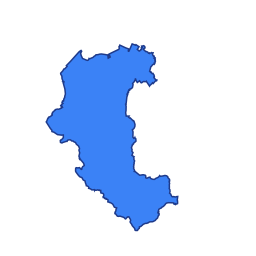 Somcuta Mare, Maramures, Romania, rotated 46°
{"feature_id": "2599482B12476623860037", "entity_name": "Somcuta Mare", "entity_type": "district", "adm_level": 2, "iso_a3": "ROU", "parent_name": "Romania", "parent_adm1": "Maramures", "projection": "mercator", "projection_center": [23.535, 47.493], "detail": "fine", "context": "isolated", "style": "filled", "palette": "blue", "viewbox_px": 256, "rotation_deg": 46, "n_neighbors": 0, "source": "geoboundaries", "source_scale": "gbopen_adm2", "svg_char_len": 5855}
<svg xmlns="http://www.w3.org/2000/svg" viewBox="0 0 256 256"><g transform="rotate(46 128 128)"><path d="M207.2,193.6L208.3,192.3L207.9,191.1L208.0,189.6L207.0,188.4L207.5,187.8L207.8,186.9L207.7,186.5L207.9,185.1L207.8,184.2L208.6,181.9L209.7,180.6L209.9,179.8L210.2,179.5L210.5,177.7L212.6,175.3L213.4,172.7L213.2,171.1L213.3,169.4L212.2,167.2L212.1,166.0L211.2,165.1L210.5,164.9L210.3,165.5L209.6,165.2L209.7,164.4L209.5,163.9L208.8,164.0L208.6,163.3L207.9,162.4L208.2,160.8L208.7,159.5L208.5,158.9L209.0,156.9L208.9,154.5L208.7,153.9L208.7,152.6L209.7,150.9L213.1,147.6L213.7,147.4L214.4,147.8L215.9,147.1L215.3,146.5L216.3,146.1L216.5,145.7L216.8,144.9L216.4,144.4L214.7,142.9L214.1,142.7L211.8,139.8L211.1,140.7L210.8,141.5L210.2,142.1L209.0,142.8L208.7,143.5L207.9,144.0L206.3,143.7L205.4,143.2L203.8,143.4L202.9,141.9L201.4,140.7L200.3,140.5L199.4,139.4L197.4,137.6L196.8,136.6L195.5,135.9L195.2,135.2L194.9,135.2L194.9,134.7L194.5,134.6L193.8,133.8L191.4,133.8L190.6,133.2L189.9,133.3L189.1,133.5L187.8,134.4L186.8,136.1L185.3,138.2L184.2,138.3L184.5,139.3L184.4,140.7L183.4,143.4L183.5,144.2L183.3,144.7L182.1,145.8L180.2,146.7L179.5,146.7L178.6,146.3L177.9,147.4L177.4,149.0L176.7,149.7L176.0,149.7L174.8,148.5L173.9,148.4L172.1,149.6L170.1,152.4L164.4,153.1L163.7,153.6L163.6,153.0L160.8,151.9L160.2,151.0L159.6,150.8L159.0,149.8L158.2,149.2L158.1,148.5L157.1,147.7L156.5,146.5L156.1,146.0L154.6,145.6L153.8,144.6L152.8,144.2L152.8,143.6L150.4,144.2L149.1,141.4L147.7,141.5L146.9,140.8L146.6,140.2L144.5,139.2L144.2,138.3L143.7,137.7L143.4,136.6L143.2,136.6L143.3,135.4L143.0,135.3L143.0,134.4L142.8,133.9L143.0,132.8L143.0,131.4L141.2,129.9L140.7,130.1L139.8,129.7L139.9,129.9L139.6,130.1L139.4,131.0L137.9,130.8L134.3,127.1L132.3,126.1L132.5,124.7L132.3,123.4L131.6,121.9L130.3,120.5L126.7,118.7L126.7,118.4L126.4,119.3L122.4,119.4L122.4,119.7L122.0,119.9L120.6,120.1L120.2,118.9L118.2,121.0L115.4,119.1L113.9,117.1L111.0,114.2L110.3,113.9L109.9,113.1L109.1,113.1L109.0,112.2L104.9,107.3L103.8,105.2L103.5,105.5L103.0,105.2L103.1,104.9L102.2,103.1L102.8,103.1L102.7,102.8L101.7,102.2L101.9,101.0L101.2,100.9L101.2,100.3L101.8,100.1L101.4,99.2L102.0,98.4L102.0,96.7L100.3,94.2L99.2,93.8L99.0,91.3L98.4,89.9L98.6,89.1L97.9,88.7L98.0,88.5L99.6,89.3L101.7,89.7L102.1,86.9L104.2,87.2L104.7,87.1L105.0,86.6L105.2,85.0L105.6,84.1L106.2,83.9L107.2,82.8L107.1,82.4L112.8,83.4L112.6,82.9L112.7,80.0L112.5,79.0L113.5,79.0L113.2,75.6L113.9,74.7L113.6,73.9L112.6,74.5L109.8,74.4L109.3,73.9L109.5,73.5L109.2,73.2L107.7,72.4L106.5,72.4L106.2,72.1L105.6,72.8L103.6,72.5L103.5,73.1L102.8,72.8L102.2,73.0L99.8,69.0L99.9,68.3L99.6,66.3L99.9,65.4L100.4,65.0L99.6,64.1L100.1,63.8L99.0,62.0L98.5,62.1L98.1,61.7L98.4,61.5L97.7,61.1L97.5,60.7L97.1,60.9L96.7,60.7L96.6,60.2L96.0,60.6L95.9,59.8L95.6,59.9L94.9,59.6L94.5,59.9L94.2,59.3L93.4,59.7L92.4,59.4L91.8,58.8L91.3,57.8L90.6,58.7L90.2,58.6L90.1,59.2L89.5,59.9L89.3,60.7L88.8,60.5L88.4,61.3L87.1,61.1L85.5,61.8L85.4,62.1L82.3,62.3L82.2,61.8L81.9,61.8L82.2,60.1L81.1,59.4L80.1,59.4L79.4,59.8L79.2,60.6L78.6,61.3L79.8,61.8L79.4,62.2L79.4,62.6L80.3,63.0L80.7,63.6L80.5,64.0L80.8,64.2L80.5,64.7L80.7,65.9L80.4,66.5L77.9,66.7L77.2,63.6L73.6,64.4L73.7,65.0L70.4,66.6L73.4,74.0L73.2,74.3L72.7,74.3L72.5,73.6L71.6,72.6L68.7,74.0L62.7,76.3L63.3,77.6L63.3,78.1L64.7,78.9L65.0,80.1L62.3,88.2L61.5,91.0L62.9,91.8L63.2,90.9L64.6,91.5L64.0,93.7L61.4,91.8L60.9,92.3L59.4,93.3L56.3,95.7L55.1,97.2L54.4,98.6L53.1,100.2L53.2,101.5L52.9,102.4L52.9,104.2L51.6,107.4L50.9,107.7L51.3,108.4L51.5,109.5L51.2,110.2L50.6,110.6L46.4,112.4L43.3,111.3L41.3,110.1L40.9,109.8L41.1,109.5L40.6,108.0L39.6,107.9L39.3,109.3L39.2,110.4L40.1,122.9L40.3,129.0L41.4,129.1L41.5,132.4L41.0,133.2L41.6,135.2L41.8,138.4L42.6,139.0L44.7,139.5L46.7,141.2L48.9,142.1L49.0,142.5L50.1,141.9L50.8,142.7L50.4,143.2L56.1,146.3L59.7,149.1L60.4,149.9L61.2,151.4L62.2,152.5L62.2,153.2L62.6,154.0L63.8,155.7L63.1,156.3L64.0,158.0L65.1,157.7L65.1,160.8L65.9,160.9L66.4,160.3L67.5,160.7L66.8,161.6L67.5,162.0L66.4,164.8L65.3,165.7L64.3,167.5L64.6,167.9L64.4,168.6L64.5,170.7L64.3,171.2L65.1,173.0L65.4,172.8L66.1,173.6L65.7,176.3L65.1,177.4L65.5,178.3L65.3,178.5L65.6,179.5L66.6,181.6L66.8,182.6L74.6,184.2L76.7,184.3L77.7,185.2L79.6,184.2L83.8,183.3L87.0,180.7L88.1,179.4L90.0,181.2L90.3,184.1L89.9,184.6L90.0,185.5L91.5,186.6L92.9,185.9L93.1,185.0L94.8,181.6L95.3,181.1L95.0,180.4L95.0,179.4L96.2,177.9L96.7,177.6L98.2,177.5L99.4,176.5L100.5,176.5L101.9,175.8L103.8,176.4L106.6,176.1L108.9,177.0L109.4,177.5L109.6,178.3L109.9,178.7L112.3,180.0L114.2,182.9L115.4,183.2L115.7,184.0L117.0,183.9L117.2,184.6L118.4,184.1L122.4,184.4L124.5,185.4L124.6,186.0L124.3,187.3L124.8,189.1L125.5,189.8L125.3,190.4L122.8,190.4L121.9,191.8L120.6,192.8L120.6,193.6L122.5,195.6L123.4,196.0L126.9,196.5L129.0,196.6L129.9,196.5L131.6,195.6L134.2,196.3L136.4,195.7L137.4,196.5L140.1,197.7L140.5,198.1L141.9,197.4L143.0,197.3L143.8,197.6L144.1,198.2L145.8,197.2L147.2,197.1L148.2,196.2L148.9,195.1L149.6,195.4L149.5,195.2L149.7,194.8L150.0,194.8L151.1,193.6L151.5,192.7L151.9,192.6L152.1,193.0L152.1,192.5L152.4,192.4L152.6,191.8L153.2,191.5L153.4,191.7L154.0,191.0L155.8,192.6L157.9,191.4L158.8,191.6L159.7,192.3L160.0,192.8L160.1,193.6L160.7,194.1L161.1,193.6L161.7,193.7L162.0,193.4L162.3,193.7L162.7,193.7L163.6,192.7L163.9,192.9L163.7,193.2L164.1,193.3L164.6,192.6L165.3,192.3L166.0,192.4L166.9,193.6L167.4,193.8L167.6,193.4L168.9,193.0L169.2,192.6L171.3,192.0L172.4,191.9L175.5,192.8L177.6,191.7L178.4,193.4L179.2,194.3L179.6,195.9L180.4,196.3L180.3,196.7L180.6,196.9L181.3,196.6L184.0,196.9L185.1,196.1L185.8,195.0L189.0,193.3L189.9,193.0L191.5,193.1L191.8,192.8L191.6,190.4L191.9,190.1L191.9,189.6L192.5,189.1L195.5,189.8L196.4,190.4L196.9,191.6L197.6,192.0L199.5,192.2L201.3,192.8L204.9,193.0L206.4,193.9L207.2,193.6Z" fill="#3b82f6" stroke="#1e3a8a" stroke-width="1.5"/></g></svg>